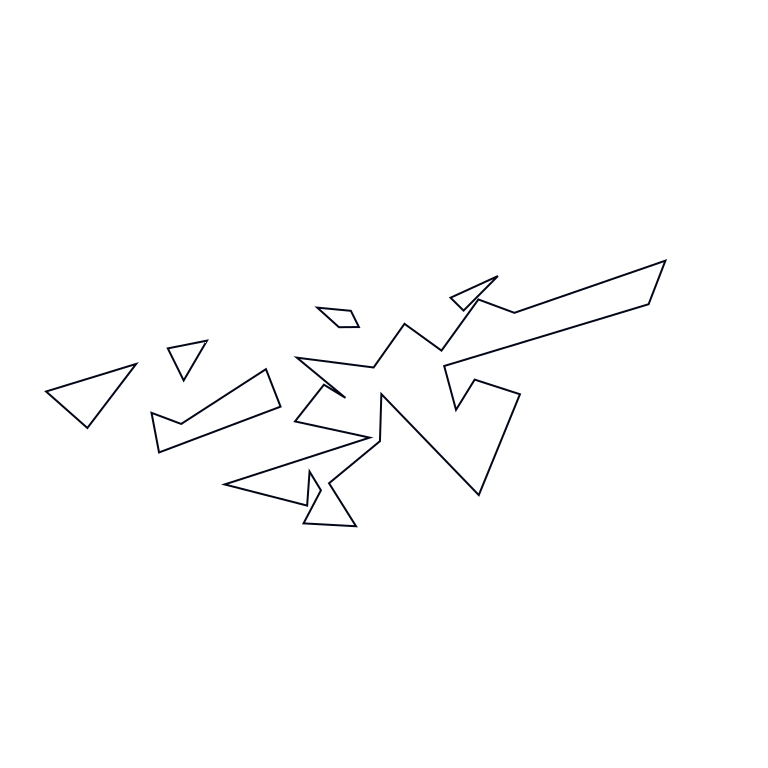 SVG path tracing the border of Shetland Islands, rotated 244°
{"feature_id": "GBR-2747", "entity_name": "Shetland Islands", "entity_type": "Unitary District (city)", "adm_level": 1, "iso_a3": "GBR", "parent_name": "United Kingdom", "parent_adm1": "", "projection": "albers", "projection_center": [-1.232, 60.181], "detail": "coarse", "context": "isolated", "style": "outline", "palette": "ink", "viewbox_px": 768, "rotation_deg": 244, "n_neighbors": 0, "source": "natural_earth", "source_scale": "10m", "svg_char_len": 769}
<svg xmlns="http://www.w3.org/2000/svg" viewBox="0 0 768 768"><g transform="rotate(244 384 384)"><path d="M388.4,343.3L445.9,317.2L403.4,381.9L429.1,428.8L388.8,450.3L418.6,505.9L390.8,532.4L371.5,691.0L339.7,656.8L373.8,446.0L329.2,437.4L348.2,467.4L315.2,501.7L242.6,420.5L376.1,377.2L334.4,355.3L318.9,291.1L268.4,296.5L294.0,250.6L316.1,280.7L337.9,278.7L308.4,261.6L363.6,196.7L342.1,347.6L389.4,287.6L409.7,329.7L388.4,343.3ZM460.0,162.4L437.0,184.2L449.1,284.4L409.0,281.1L421.1,151.8L460.0,162.4ZM510.7,170.1L474.5,98.1L525.4,77.0L510.7,170.1ZM510.8,205.3L500.6,243.9L475.0,205.5L510.8,205.3ZM432.4,481.6L431.1,533.7L415.1,487.7L432.4,481.6ZM481.9,357.5L464.3,386.3L446.2,386.4L454.8,368.4L481.9,357.5Z" fill="none" stroke="#020617" stroke-width="2"/></g></svg>